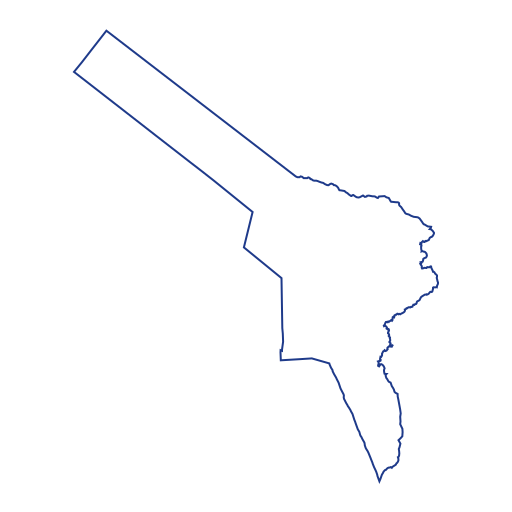 outline of Faasaleleaga I, Fa'asaleleaga, Samoa
{"feature_id": "51752279B74784353910283", "entity_name": "Faasaleleaga I", "entity_type": "district", "adm_level": 2, "iso_a3": "WSM", "parent_name": "Samoa", "parent_adm1": "Fa'asaleleaga", "projection": "natural_earth1", "projection_center": [-172.223, -13.71], "detail": "fine", "context": "isolated", "style": "outline", "palette": "blue", "viewbox_px": 512, "rotation_deg": 0, "n_neighbors": 0, "source": "geoboundaries", "source_scale": "gbopen_adm2", "svg_char_len": 5302}
<svg xmlns="http://www.w3.org/2000/svg" viewBox="0 0 512 512"><path d="M431.1,226.8L427.7,226.4L424.4,224.4L424.0,224.4L423.2,223.7L422.2,222.1L419.6,218.5L418.0,217.4L417.0,217.2L413.7,216.8L411.1,215.8L408.8,214.5L406.2,213.8L405.3,213.2L404.1,211.3L402.7,209.4L401.2,207.1L399.5,205.6L399.1,204.8L399.1,203.2L398.6,202.6L397.9,202.3L395.5,202.2L392.9,201.9L391.2,201.8L390.8,201.5L388.8,198.0L386.4,197.3L384.6,196.1L379.0,196.5L377.9,198.0L377.1,197.8L374.8,196.4L372.5,196.3L368.8,195.6L367.1,195.8L366.6,196.5L364.9,196.9L363.0,195.5L359.8,197.2L358.6,197.5L356.9,197.3L355.7,196.7L353.3,195.0L352.4,195.2L351.6,196.0L351.1,196.0L348.9,194.5L347.4,193.1L345.9,192.3L344.5,191.0L341.0,190.4L339.4,190.2L338.8,189.2L338.1,187.7L336.8,186.3L335.8,185.6L334.7,185.1L333.8,185.1L333.0,184.2L331.3,183.6L330.3,183.9L328.5,185.2L327.1,185.1L324.9,184.1L323.2,182.9L321.4,182.5L319.2,181.7L317.8,181.1L316.4,180.7L314.3,180.7L312.9,180.3L311.3,179.1L310.5,179.1L309.6,177.9L308.2,177.4L307.3,178.1L303.7,178.1L302.1,176.8L300.6,176.4L299.5,177.2L297.4,177.2L295.7,176.4L106.4,30.7L99.8,39.2L91.6,49.7L82.0,62.1L74.0,71.9L113.9,102.9L126.5,112.7L155.9,135.6L190.0,162.1L200.0,169.8L213.3,180.2L252.6,212.0L243.9,247.4L281.5,278.1L282.3,328.1L282.8,333.6L283.1,341.7L282.0,349.7L282.0,350.8L280.6,350.2L280.5,352.3L280.8,360.3L289.2,359.8L300.9,359.1L311.8,358.4L329.3,363.4L329.6,364.5L331.0,367.7L332.5,370.1L332.7,371.4L334.1,374.2L336.1,377.6L336.7,379.0L338.6,382.7L339.3,384.8L340.5,388.4L341.5,390.4L343.6,394.4L343.9,395.7L343.7,397.2L344.0,398.8L346.4,403.5L347.2,404.7L347.9,406.2L348.8,407.4L350.5,410.2L350.9,411.2L352.5,414.0L354.3,419.7L355.2,421.9L355.5,422.9L357.8,429.3L359.3,431.8L360.2,435.0L360.6,435.9L361.3,436.8L362.4,439.1L364.4,442.6L364.7,444.2L364.8,445.3L365.5,447.4L365.9,448.4L367.6,451.1L368.4,452.7L370.6,458.1L371.0,459.2L372.4,462.6L372.7,463.7L374.1,467.2L375.3,469.7L376.2,471.7L377.2,474.6L377.5,476.1L379.4,481.3L380.4,479.0L381.9,474.7L383.0,472.9L383.6,471.6L385.0,470.1L386.0,469.8L386.7,468.9L387.6,468.1L388.7,467.6L389.9,467.5L390.8,467.1L391.8,467.8L392.4,466.9L393.3,466.3L395.8,464.7L396.4,463.4L397.1,462.9L397.9,461.7L398.4,460.4L398.4,458.9L397.9,457.2L398.6,456.8L399.1,455.5L399.3,453.4L399.1,450.9L398.8,449.0L399.5,447.3L400.4,443.6L398.5,440.2L400.6,438.2L402.3,436.3L402.6,432.2L402.4,428.8L400.2,424.2L400.5,421.5L400.2,416.8L400.7,413.4L400.1,409.1L398.3,399.3L397.7,396.5L397.6,393.9L395.5,392.8L394.5,391.8L393.9,389.6L393.0,387.9L391.8,386.1L390.6,382.6L388.8,381.7L388.0,380.6L387.3,379.2L386.4,378.1L385.8,376.4L385.6,375.1L386.5,374.0L385.7,374.0L384.5,373.7L384.2,372.3L384.0,370.7L384.1,369.6L384.6,368.3L383.8,366.4L382.8,365.1L381.5,364.2L380.3,364.3L380.0,365.1L379.1,366.4L378.1,365.8L378.2,365.0L378.7,363.2L378.4,362.0L378.0,361.4L379.2,361.0L379.7,361.1L380.5,360.7L380.7,359.9L380.0,359.2L380.5,356.7L381.2,356.9L381.9,355.7L382.1,355.0L382.0,353.8L382.7,352.3L383.4,351.2L384.0,351.1L384.6,350.2L385.5,351.0L386.5,350.6L387.7,349.1L387.3,348.1L387.9,347.2L389.0,346.7L389.3,346.0L390.0,345.7L390.7,346.4L391.0,346.0L391.8,346.6L392.5,345.4L392.2,345.2L391.4,345.5L390.2,344.4L390.6,343.3L389.4,342.2L389.4,341.8L390.2,340.8L390.1,339.0L389.8,338.4L390.0,337.4L389.3,336.8L388.7,336.0L389.2,335.3L389.0,334.2L388.0,333.3L388.0,332.7L388.5,331.9L388.4,331.3L389.0,330.7L388.8,329.3L388.4,329.0L387.6,329.3L386.6,328.6L387.0,327.8L386.8,327.3L386.0,326.3L385.5,326.2L384.8,325.4L384.0,326.1L383.8,325.7L384.8,324.5L385.4,322.8L385.9,322.0L386.7,321.9L387.2,322.2L387.6,321.7L388.4,321.5L388.8,321.9L389.2,321.4L390.1,321.0L391.2,320.1L392.0,320.8L392.4,320.3L392.7,317.2L393.4,316.7L394.1,317.3L394.4,316.7L394.5,315.4L395.6,314.7L396.1,314.8L397.3,313.7L397.9,313.8L398.5,314.3L399.4,313.9L400.2,314.3L401.6,313.4L402.3,313.2L403.9,312.2L404.6,311.5L405.0,310.4L404.8,309.5L406.0,309.0L406.5,308.2L407.2,308.3L408.4,307.3L409.3,307.2L410.1,307.5L410.9,306.9L411.6,307.0L412.5,306.6L412.7,305.8L413.4,304.7L414.4,304.9L414.8,304.3L416.2,303.9L416.6,303.2L416.7,302.3L417.2,301.4L418.8,300.6L419.6,300.0L420.6,297.9L421.0,297.2L422.1,296.3L424.9,294.6L425.6,294.6L426.5,294.3L426.8,294.7L428.0,294.2L428.8,293.6L429.9,292.2L430.4,291.8L431.7,292.0L432.3,291.5L433.0,288.9L433.0,287.7L433.4,287.3L435.3,287.4L436.2,287.1L436.8,287.3L437.1,285.6L437.8,284.2L438.0,283.4L438.0,282.4L437.5,281.2L437.3,280.1L436.7,277.8L437.0,276.9L437.0,275.5L436.4,274.7L435.1,273.6L434.5,272.4L433.6,271.7L433.1,271.8L432.2,269.6L431.4,268.1L431.1,266.5L430.4,266.4L429.7,267.1L429.2,267.3L427.2,267.1L426.5,268.0L424.2,267.8L423.6,268.2L422.1,268.5L421.7,267.7L421.8,266.2L421.2,265.2L420.6,264.5L420.3,263.7L421.0,263.7L421.3,263.3L421.4,262.4L421.1,262.1L422.5,261.8L423.0,260.8L423.3,258.9L424.4,258.1L425.9,257.6L426.6,256.6L426.9,255.5L426.7,254.5L426.4,253.5L425.2,252.1L424.4,251.7L423.5,251.6L422.2,251.0L421.6,251.3L421.7,250.6L421.4,249.9L421.2,249.1L421.1,246.6L421.5,245.8L421.2,244.9L420.1,244.3L420.4,243.0L421.4,243.4L421.5,242.5L421.8,242.2L422.9,241.1L424.0,242.0L424.6,242.0L425.2,241.1L425.8,240.9L426.2,241.2L428.8,240.0L429.3,238.8L429.8,237.8L431.4,236.8L431.7,236.9L432.6,236.1L433.5,234.6L434.0,233.3L434.0,232.8L432.8,231.0L431.0,229.3L429.8,229.1L430.7,228.1L431.1,226.8Z" fill="none" stroke="#1e3a8a" stroke-width="2"/></svg>